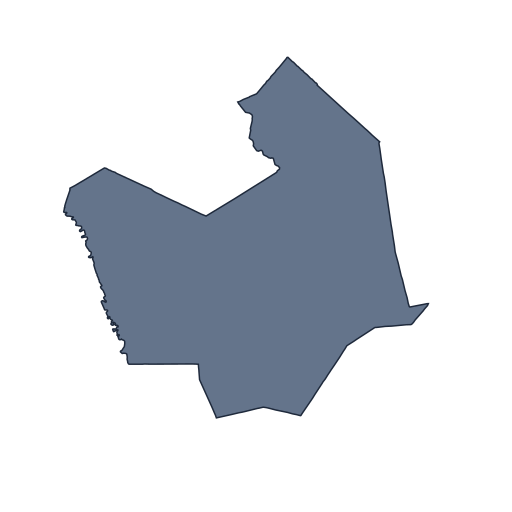 the district of San Pedro Carchá, Alta Verapaz, Guatemala, rotated 237°
{"feature_id": "79465075B56532928318150", "entity_name": "San Pedro Carchá", "entity_type": "district", "adm_level": 2, "iso_a3": "GTM", "parent_name": "Guatemala", "parent_adm1": "Alta Verapaz", "projection": "robinson", "projection_center": [-90.098, 15.577], "detail": "fine", "context": "isolated", "style": "filled", "palette": "slate", "viewbox_px": 512, "rotation_deg": 237, "n_neighbors": 0, "source": "geoboundaries", "source_scale": "gbopen_adm2", "svg_char_len": 6068}
<svg xmlns="http://www.w3.org/2000/svg" viewBox="0 0 512 512"><g transform="rotate(237 256 256)"><path d="M414.2,136.9L413.1,136.1L412.7,136.0L407.2,129.0L406.2,127.7L405.9,127.4L403.6,124.6L402.0,122.8L400.7,122.0L400.7,121.4L400.0,121.0L398.4,119.4L397.8,118.8L397.2,118.8L396.7,119.2L396.4,119.6L396.0,120.6L395.4,120.9L395.0,120.6L394.9,120.2L394.9,119.5L394.7,118.9L394.2,118.7L392.7,119.1L392.3,119.4L390.6,121.8L390.0,122.3L389.5,122.5L389.1,123.0L388.5,123.9L388.0,124.0L387.7,123.5L387.6,121.8L387.1,121.5L386.6,121.7L386.1,122.1L385.9,122.4L385.4,123.2L384.9,123.8L383.1,123.8L382.2,123.7L381.8,123.5L381.3,123.1L380.9,122.5L380.5,122.0L380.0,121.7L379.5,122.0L378.8,122.9L377.8,123.8L377.5,124.1L376.9,125.0L376.5,125.4L375.8,125.6L375.4,125.6L374.3,124.9L373.9,124.4L373.9,123.2L373.8,122.4L373.5,122.0L373.2,121.7L372.6,121.7L372.1,122.0L372.0,122.6L371.9,123.4L371.9,124.9L371.7,125.4L371.4,125.7L371.1,125.9L370.7,125.9L370.2,125.8L368.5,125.1L367.5,125.0L367.0,124.8L366.7,124.3L366.7,123.6L366.9,122.6L367.2,121.3L367.2,120.5L366.8,120.0L366.2,120.0L366.0,120.4L365.2,122.5L364.4,124.0L364.1,124.3L363.6,124.6L363.2,124.5L362.5,124.3L362.0,123.8L361.5,123.1L361.4,122.4L361.4,121.4L360.8,121.1L360.2,121.1L359.7,120.6L358.9,119.8L358.6,119.6L357.5,119.1L356.9,119.0L354.4,118.9L353.0,119.1L352.6,119.1L351.5,119.0L350.9,119.0L350.5,119.2L350.1,119.5L349.6,119.7L349.0,119.8L348.6,119.7L348.3,119.5L346.8,118.0L346.5,117.3L346.6,116.5L346.7,115.8L346.7,115.4L346.3,115.0L345.9,115.0L345.4,115.4L344.6,116.4L344.4,117.1L344.3,118.7L343.8,118.7L343.3,118.2L343.0,117.8L342.4,117.3L339.2,116.7L338.1,116.4L337.0,115.3L336.5,115.0L333.2,114.0L328.4,112.7L327.4,112.8L326.7,112.6L326.4,112.2L325.9,112.1L323.5,111.8L323.0,111.7L322.7,111.5L322.2,111.3L321.3,111.3L320.8,111.1L319.7,110.6L319.2,110.5L318.0,110.7L316.5,110.6L315.8,110.7L315.4,110.7L315.0,110.5L315.0,109.4L314.8,108.8L314.2,108.6L313.4,108.5L312.5,108.6L311.4,108.9L309.8,109.0L308.8,108.7L307.1,108.6L306.2,108.2L304.7,108.0L304.4,107.5L304.4,106.4L304.2,105.7L303.6,105.4L301.4,105.3L300.4,105.8L299.9,105.8L299.4,105.6L299.1,105.3L299.1,104.8L299.5,104.5L300.9,103.8L301.8,103.3L302.1,102.9L302.2,102.4L302.2,101.7L302.0,101.4L301.7,101.2L301.1,101.1L294.4,100.0L293.7,99.8L293.0,99.9L292.3,101.1L291.8,101.6L291.3,101.9L290.8,101.7L290.4,101.0L290.4,100.3L290.2,99.8L289.9,99.5L289.5,99.3L288.9,99.2L286.5,99.0L286.1,98.9L285.7,98.4L285.3,97.9L284.9,97.6L284.3,97.6L283.8,97.9L283.9,98.5L284.8,99.5L285.0,99.9L284.6,100.2L284.0,100.0L283.5,99.6L283.0,99.5L282.0,99.6L281.4,99.9L280.8,100.4L280.2,100.5L280.0,100.1L279.9,99.5L279.6,98.9L279.1,98.8L278.8,98.5L278.3,97.6L277.8,97.2L277.2,97.3L276.7,97.5L276.3,97.7L276.0,98.1L275.8,98.9L275.9,99.5L276.5,99.6L277.2,99.6L277.9,99.8L278.1,100.1L277.9,100.6L276.1,101.4L275.7,101.2L275.0,100.5L274.4,100.4L273.9,101.4L273.5,101.8L273.2,102.0L272.6,102.2L272.1,102.1L271.7,101.6L272.0,101.2L272.3,100.7L272.0,100.3L271.6,99.8L271.1,98.7L272.2,97.1L272.7,96.4L272.6,95.9L272.1,95.7L270.7,95.4L270.1,95.4L269.9,95.9L269.7,99.5L269.3,99.9L268.8,99.7L268.5,99.0L268.3,98.4L268.0,97.9L267.5,97.6L266.8,97.4L266.2,97.3L265.9,96.9L265.6,96.5L265.2,96.3L264.9,96.6L264.9,97.3L264.8,98.1L264.4,98.3L264.0,98.2L263.6,97.7L263.9,96.5L263.5,96.2L262.9,96.3L262.3,96.1L261.9,95.9L261.4,95.7L260.8,95.7L260.3,95.9L259.9,96.2L259.7,96.6L259.5,98.0L259.0,98.0L258.5,98.2L258.1,98.6L257.6,99.0L257.0,99.3L256.4,99.4L255.8,99.3L255.3,99.0L254.0,98.2L251.7,96.2L250.9,94.3L250.1,92.7L249.9,91.8L250.0,90.7L249.8,90.3L249.4,90.1L247.1,90.7L246.7,91.8L245.7,93.2L244.8,94.0L244.1,94.2L241.4,93.0L239.5,91.6L237.7,91.0L236.5,90.4L235.1,90.3L234.4,90.6L228.3,100.0L227.3,101.5L226.0,103.9L222.9,108.4L200.6,143.1L197.9,147.0L196.6,148.7L194.1,147.3L191.1,145.8L190.1,145.2L183.0,141.3L152.9,136.7L146.1,135.5L144.6,135.3L141.8,134.6L136.3,149.4L135.1,152.8L133.8,156.4L132.7,159.0L131.6,162.0L127.5,173.9L126.7,175.8L125.3,179.7L123.2,182.1L121.9,183.4L116.1,188.7L107.6,197.3L103.7,200.7L101.0,203.5L97.9,206.3L97.8,206.8L98.8,208.9L105.9,225.9L107.8,229.9L113.1,241.9L113.9,243.5L115.1,247.0L117.3,251.7L118.3,254.1L119.6,257.0L121.8,262.3L125.5,270.9L128.6,277.5L129.5,279.7L131.3,283.4L131.2,291.5L131.3,295.0L131.3,316.1L131.2,317.0L130.6,317.9L128.8,321.5L126.6,326.0L123.2,331.8L116.5,344.6L114.3,348.2L114.0,349.0L114.1,350.1L114.6,352.0L115.7,354.7L119.0,366.5L119.7,368.2L121.0,372.8L122.2,374.6L122.8,373.6L129.4,357.3L130.1,357.0L133.4,357.9L138.7,360.0L145.7,362.1L156.6,366.0L160.2,366.9L172.6,371.4L182.1,374.4L183.8,375.0L189.3,377.7L199.9,382.4L201.8,383.4L209.1,386.5L218.4,390.8L223.9,393.3L239.8,400.6L246.8,404.0L252.3,406.5L256.0,407.9L269.5,414.0L272.2,415.3L278.8,418.4L283.2,420.3L284.2,421.1L284.4,421.9L286.6,421.3L294.2,419.2L300.6,417.7L303.6,416.8L318.2,413.0L325.1,411.0L365.2,400.5L365.8,400.3L366.5,400.9L368.2,400.8L368.8,400.2L374.1,399.2L374.7,398.7L375.9,398.4L380.1,397.6L383.7,396.4L386.2,396.1L386.8,395.6L392.2,394.4L392.7,394.0L398.0,393.0L399.4,392.3L405.2,391.0L405.6,390.3L405.5,389.8L405.2,389.4L401.7,378.4L400.7,374.2L399.7,372.1L398.4,366.4L397.4,364.5L396.7,361.6L396.7,360.2L395.5,357.9L395.1,355.7L392.6,347.8L391.7,344.8L393.1,337.5L392.9,337.0L394.2,330.6L394.5,326.5L395.1,324.6L392.7,324.4L392.4,324.7L389.9,324.7L382.2,325.5L379.4,328.4L376.9,329.4L376.1,329.4L374.8,328.9L373.2,327.5L372.8,327.4L371.3,326.3L366.0,320.7L364.4,320.1L358.7,314.6L357.2,315.0L355.0,316.0L353.6,316.0L351.4,315.1L349.9,313.7L344.9,313.9L343.9,314.0L342.6,315.1L342.0,317.8L341.3,318.3L340.1,318.4L337.5,317.5L336.4,317.6L335.5,318.2L333.0,319.7L331.7,320.0L330.1,321.5L329.8,322.0L329.8,322.6L328.5,323.7L322.4,321.8L320.6,322.6L319.5,323.5L317.2,323.9L316.0,322.9L315.9,320.5L314.9,318.8L315.7,269.0L316.7,235.9L321.1,232.8L334.0,225.0L336.3,223.6L339.0,221.8L342.8,219.6L346.7,217.0L354.0,212.5L356.7,210.9L363.4,206.7L366.0,205.4L369.1,204.5L375.9,200.0L401.3,184.0L402.8,183.5L406.0,180.9L406.9,180.7L408.1,179.6L411.1,178.1L412.4,176.8L413.7,142.3L414.2,136.9Z" fill="#64748b" stroke="#1e293b" stroke-width="1.5"/></g></svg>